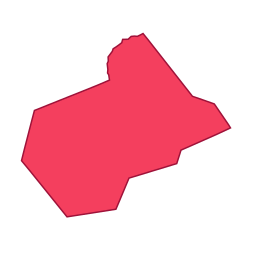 Lagoa Alegre, Piauí, Brazil (Mercator projection), rotated 7°
{"feature_id": "56859067B42256533282614", "entity_name": "Lagoa Alegre", "entity_type": "district", "adm_level": 2, "iso_a3": "BRA", "parent_name": "Brazil", "parent_adm1": "Piauí", "projection": "mercator", "projection_center": [-42.558, -4.484], "detail": "fine", "context": "isolated", "style": "filled", "palette": "rose", "viewbox_px": 256, "rotation_deg": 7, "n_neighbors": 0, "source": "geoboundaries", "source_scale": "gbopen_adm2", "svg_char_len": 615}
<svg xmlns="http://www.w3.org/2000/svg" viewBox="0 0 256 256"><g transform="rotate(7 128 128)"><path d="M123.2,36.0L120.0,36.7L117.3,39.9L111.9,40.7L111.4,44.1L109.1,46.4L106.5,48.8L103.6,51.2L103.1,53.8L99.6,59.9L100.3,64.1L99.5,66.6L100.9,72.6L101.0,75.9L102.4,77.6L103.8,82.7L91.9,89.6L33.0,122.0L31.3,134.6L27.8,161.2L26.3,173.4L35.8,182.4L78.3,223.6L125.9,210.1L128.7,200.3L135.1,177.6L175.9,159.5L180.7,157.4L183.3,143.5L217.6,123.0L229.7,115.4L227.3,112.4L210.7,93.6L198.5,90.9L188.1,88.7L137.1,37.9L131.4,32.4L128.8,34.2L126.1,35.9L123.2,36.0Z" fill="#f43f5e" stroke="#9f1239" stroke-width="1.5"/></g></svg>